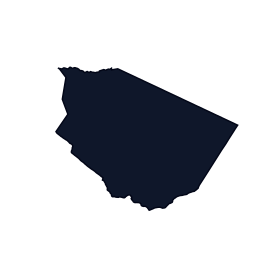 Ayoquezco de Aldama, Oaxaca, Mexico (Equal Earth projection), rotated 125°
{"feature_id": "50627088B77614818839858", "entity_name": "Ayoquezco de Aldama", "entity_type": "district", "adm_level": 2, "iso_a3": "MEX", "parent_name": "Mexico", "parent_adm1": "Oaxaca", "projection": "equal_earth", "projection_center": [-96.857, 16.668], "detail": "fine", "context": "isolated", "style": "filled", "palette": "ink", "viewbox_px": 256, "rotation_deg": 125, "n_neighbors": 0, "source": "geoboundaries", "source_scale": "gbopen_adm2", "svg_char_len": 4872}
<svg xmlns="http://www.w3.org/2000/svg" viewBox="0 0 256 256"><g transform="rotate(125 128 128)"><path d="M183.2,63.5L182.6,63.0L181.6,62.4L180.9,62.0L180.1,61.4L179.9,61.3L179.0,60.8L178.4,60.5L177.6,59.9L177.3,59.4L176.8,59.1L176.2,58.4L175.6,57.8L175.1,57.1L174.6,56.5L174.4,55.9L174.2,55.3L174.0,54.5L173.8,53.7L172.3,52.1L171.6,51.8L170.8,51.7L170.1,51.6L169.3,51.5L168.3,51.4L167.9,51.2L167.0,51.2L166.1,50.8L165.7,50.4L165.4,50.2L164.7,49.8L163.6,49.2L162.9,49.3L162.2,49.6L161.5,50.2L161.2,50.2L160.5,49.8L159.8,49.9L158.8,49.7L158.6,49.4L157.6,49.1L156.4,48.7L155.6,48.2L154.9,47.7L153.8,46.9L152.9,46.0L152.3,45.2L151.6,44.6L150.9,44.0L150.1,43.3L149.4,42.5L148.6,41.8L146.9,41.3L146.1,40.8L145.3,40.3L144.6,39.7L143.7,39.1L143.1,38.7L142.4,38.0L141.8,37.4L141.1,37.3L140.5,36.9L139.6,36.7L138.9,36.5L138.1,36.3L137.4,36.1L136.7,36.1L136.2,36.4L135.6,36.5L135.0,36.6L134.1,36.8L124.4,37.2L117.3,37.5L92.0,38.7L85.3,38.8L78.5,39.2L68.8,39.6L67.1,39.7L62.8,39.8L85.4,170.3L89.8,174.8L88.6,175.8L90.4,176.5L91.0,177.8L91.4,178.1L92.6,178.9L93.2,179.0L93.5,179.3L93.7,180.3L94.1,181.4L97.7,184.1L98.7,183.8L100.3,185.6L101.0,186.1L101.3,186.3L102.1,187.9L102.4,188.7L103.0,189.4L103.1,189.6L103.1,190.4L103.4,191.1L104.2,191.1L104.7,191.5L104.6,191.8L105.1,192.3L105.1,192.7L105.0,193.4L105.2,193.9L106.4,194.5L106.5,194.6L107.5,195.3L107.4,196.4L107.2,197.5L107.6,198.8L108.5,200.5L108.1,202.0L108.2,203.6L108.5,204.4L108.9,205.7L109.5,206.7L110.4,207.1L110.9,207.6L111.1,208.2L111.2,209.2L111.2,209.8L111.7,210.5L113.2,210.8L113.7,210.8L114.1,211.2L114.6,212.3L115.1,214.1L115.5,214.9L115.9,215.3L116.0,215.3L117.5,215.9L118.9,219.0L119.0,219.9L118.9,218.3L119.0,217.6L119.2,217.0L122.2,207.8L142.1,198.3L145.7,193.1L151.2,185.1L162.3,185.0L172.3,184.9L172.5,184.4L172.7,183.9L172.9,183.4L173.0,182.7L173.0,182.0L173.1,181.3L173.1,180.5L173.1,179.9L173.2,179.0L173.3,178.2L173.2,177.2L173.3,176.4L173.3,175.3L173.3,174.5L173.2,173.7L173.3,172.6L173.1,171.7L173.1,171.0L173.1,170.4L173.2,169.8L173.4,168.7L173.5,168.1L173.8,167.2L173.8,166.4L173.6,165.7L173.5,164.9L173.7,164.1L174.1,163.2L174.7,162.7L175.3,162.5L175.8,162.4L176.4,162.2L176.9,161.8L177.3,161.6L177.9,161.4L178.4,161.2L178.5,161.2L179.3,161.1L180.3,160.5L180.6,160.0L180.7,158.9L180.7,157.9L180.9,155.9L180.9,154.7L181.0,153.2L181.1,151.2L181.2,150.5L181.6,148.7L181.8,147.5L181.8,146.2L181.8,144.7L181.9,143.9L182.1,143.0L182.2,141.4L182.4,139.9L182.5,138.3L182.5,136.9L182.6,134.8L182.5,132.8L182.5,131.3L182.5,130.4L182.8,128.3L182.8,127.3L182.8,125.9L182.8,125.0L182.8,124.4L182.8,124.2L182.8,123.7L182.9,123.4L182.9,122.8L183.0,122.7L183.0,122.0L183.0,121.7L183.1,120.2L183.1,119.9L183.3,119.8L183.5,119.7L184.0,119.5L184.3,119.5L184.4,119.4L184.5,119.4L184.7,119.2L184.8,119.1L185.0,119.1L185.3,119.0L185.2,118.6L185.2,118.4L185.1,118.2L185.1,117.9L185.1,117.5L185.2,117.3L185.2,117.1L185.3,116.8L185.4,116.6L185.5,116.5L185.6,116.4L185.7,116.2L185.8,115.7L186.0,115.5L186.1,115.2L186.2,114.9L186.4,114.7L186.5,114.5L186.7,114.4L186.9,114.2L187.0,114.1L187.1,113.9L187.2,113.7L187.3,113.5L187.4,113.2L187.5,113.0L187.7,112.6L187.8,112.4L187.9,112.2L188.1,111.9L188.2,111.6L188.3,111.2L188.5,111.0L188.6,110.8L188.9,110.6L189.1,110.4L189.3,110.2L189.6,110.0L189.8,109.9L190.1,109.8L190.4,109.6L190.5,109.5L190.6,109.4L190.6,109.2L190.7,108.8L190.7,108.7L190.7,108.1L190.7,107.3L190.7,107.0L190.7,106.9L190.7,106.7L190.7,106.4L190.9,106.1L191.0,105.9L191.1,105.7L191.3,105.5L191.4,105.3L191.5,105.1L191.5,104.9L191.5,104.7L191.5,104.4L191.6,104.1L191.7,103.9L191.8,103.7L192.1,103.4L192.2,103.2L192.3,103.1L192.6,102.8L192.9,102.6L193.0,102.4L193.1,102.2L193.2,101.7L193.2,101.4L193.1,101.2L192.9,100.9L192.7,100.6L192.5,100.4L192.3,100.2L192.1,100.1L191.9,100.0L191.9,99.9L191.9,99.6L191.9,99.3L191.9,99.2L191.8,98.9L191.7,98.7L191.6,98.4L191.4,98.1L191.2,97.6L190.9,97.2L190.6,96.7L190.5,96.4L190.4,96.3L190.3,96.2L190.2,96.1L189.8,95.9L189.6,95.7L189.3,95.4L189.1,95.1L188.9,94.7L188.7,94.4L188.5,94.0L188.4,93.7L188.2,93.1L188.0,92.5L187.8,91.9L187.7,91.7L187.4,91.2L187.2,91.0L187.0,90.8L186.8,90.8L186.5,90.7L186.4,90.6L186.1,90.7L185.9,90.7L185.7,90.6L185.2,90.4L184.9,90.3L184.7,90.2L184.4,90.1L184.2,90.1L183.8,89.9L183.5,89.8L183.2,89.6L182.9,89.4L182.5,89.2L182.3,88.9L182.0,88.6L181.9,88.3L181.9,88.2L181.8,87.9L181.7,87.6L181.8,87.4L181.8,87.1L181.9,86.9L182.0,86.8L182.1,86.7L182.1,86.3L182.2,86.0L182.2,85.7L182.3,85.5L182.5,85.2L182.9,84.9L183.1,84.9L183.4,84.9L183.4,85.0L183.5,85.0L183.8,85.0L183.9,84.9L184.0,84.8L184.1,84.6L184.2,84.4L184.2,84.1L184.5,84.0L184.6,83.7L184.8,82.5L185.2,81.6L185.4,81.2L185.3,80.1L185.0,79.4L184.2,78.4L183.4,77.1L182.9,76.4L182.6,75.2L182.6,74.5L182.9,73.7L183.5,73.1L183.8,72.5L183.8,71.7L183.5,70.9L183.2,70.2L182.5,69.4L182.0,68.1L182.1,66.5L182.3,65.9L182.5,65.3L183.2,63.5Z" fill="#0f172a" stroke="#020617" stroke-width="1.5"/></g></svg>